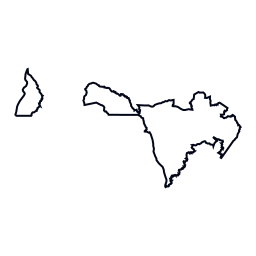 outline of Barra do Bugres, Mato Grosso, Brazil
{"feature_id": "56859067B85276228121814", "entity_name": "Barra do Bugres", "entity_type": "district", "adm_level": 2, "iso_a3": "BRA", "parent_name": "Brazil", "parent_adm1": "Mato Grosso", "projection": "albers", "projection_center": [-57.646, -15.115], "detail": "fine", "context": "isolated", "style": "outline", "palette": "ink", "viewbox_px": 256, "rotation_deg": 0, "n_neighbors": 0, "source": "geoboundaries", "source_scale": "gbopen_adm2", "svg_char_len": 5915}
<svg xmlns="http://www.w3.org/2000/svg" viewBox="0 0 256 256"><path d="M227.5,108.0L219.7,102.7L218.3,103.1L217.8,103.8L217.7,104.5L217.0,104.3L216.6,105.0L216.0,104.5L215.6,104.8L215.0,104.6L214.5,105.3L213.0,105.1L210.8,105.6L210.3,102.5L210.6,101.0L209.9,98.8L210.0,96.6L206.8,98.0L205.0,97.8L205.3,96.4L205.1,94.5L204.2,93.3L203.2,92.5L199.5,92.6L198.6,92.0L194.2,94.5L193.7,99.0L192.5,99.6L190.9,101.9L190.2,102.3L190.3,102.8L189.8,103.0L189.8,103.3L190.5,103.9L190.9,103.9L191.2,104.8L191.2,105.6L191.6,105.6L191.8,106.1L191.5,106.3L191.7,108.5L192.3,109.0L192.4,109.8L188.6,109.2L185.2,110.0L183.4,110.0L181.4,109.2L177.8,106.9L175.6,106.3L172.9,106.2L172.6,106.0L172.9,104.7L173.4,104.6L173.6,103.9L173.6,99.9L170.5,100.5L169.0,100.1L167.1,101.3L165.4,101.1L163.5,102.2L162.6,102.2L161.1,103.2L158.9,103.4L155.8,104.5L154.7,105.0L153.5,106.3L152.7,106.6L151.3,106.6L148.5,105.4L145.4,105.5L137.8,105.1L139.4,107.3L139.1,109.1L140.1,110.1L140.0,111.1L139.3,111.9L139.2,112.2L139.7,112.9L139.4,113.2L138.1,112.5L138.2,111.6L137.1,111.5L136.6,109.8L136.0,110.2L135.1,110.0L134.5,110.4L134.5,109.9L133.6,109.2L133.4,108.6L132.6,108.2L131.1,105.8L131.1,104.5L129.7,101.5L129.9,100.4L129.2,99.9L128.8,98.2L127.8,97.9L127.4,98.1L126.5,97.5L126.8,96.7L125.4,96.1L124.7,96.4L124.2,95.3L123.5,95.4L122.8,94.6L122.8,94.2L122.3,94.1L121.0,94.1L121.0,94.9L120.6,95.7L119.7,95.6L118.9,94.6L117.2,93.5L116.5,93.6L115.9,93.2L115.5,92.0L114.9,91.8L114.9,92.3L114.5,92.4L113.5,91.6L113.4,91.2L112.5,91.5L111.8,91.5L111.0,90.7L109.5,88.4L109.0,88.1L107.7,87.8L107.3,88.0L106.0,87.9L105.3,87.4L104.4,87.5L104.2,86.7L102.0,86.8L99.6,86.4L98.9,85.9L98.9,85.4L97.7,84.9L96.1,83.6L93.4,82.8L92.1,82.9L91.4,83.4L89.5,83.8L88.2,84.9L87.8,86.0L86.9,86.7L86.5,87.9L85.1,89.1L85.5,89.9L86.3,90.7L86.7,92.6L86.0,94.9L84.4,96.3L84.1,97.1L84.1,98.8L83.4,100.6L84.2,102.7L84.5,105.0L96.3,102.6L101.1,105.1L102.0,105.2L103.6,106.3L104.3,107.3L104.0,110.5L105.2,111.6L106.0,111.4L106.4,111.8L107.0,112.8L108.1,113.7L108.6,114.8L139.7,114.9L139.2,115.1L139.1,115.5L140.8,116.3L141.2,117.3L142.0,117.9L143.1,118.2L143.3,120.1L143.8,121.2L143.8,122.8L144.2,123.3L144.3,124.2L145.2,125.6L145.5,126.7L146.7,128.0L146.4,128.8L146.6,129.5L144.9,130.8L144.7,131.5L145.1,131.7L145.4,131.5L146.7,131.6L148.8,132.7L149.6,132.3L150.8,134.4L152.6,140.0L153.2,143.6L153.3,146.3L153.8,147.9L153.9,149.0L153.5,151.6L155.2,156.2L156.4,158.6L156.5,160.1L159.0,163.5L162.6,166.9L163.7,169.6L164.0,172.0L165.0,175.5L166.5,179.8L166.4,181.8L165.4,184.6L165.8,185.1L165.1,186.0L165.5,186.9L166.0,186.7L166.1,186.1L166.5,186.2L166.4,186.7L167.2,186.3L168.0,186.5L168.3,186.1L168.8,186.1L169.2,185.2L169.0,184.8L170.2,184.0L170.8,184.0L171.7,183.0L171.5,182.5L171.1,182.6L171.1,181.8L171.6,181.1L170.6,181.3L170.4,180.9L171.3,180.0L170.4,179.5L170.2,178.9L170.9,179.0L171.4,178.2L171.1,177.4L172.0,177.0L171.5,176.3L171.9,175.6L172.5,175.5L172.6,175.9L173.5,176.3L173.8,176.0L173.7,175.6L174.1,175.6L174.1,175.2L175.0,174.9L175.8,175.7L175.8,175.2L176.3,175.3L177.2,175.0L177.5,175.3L177.7,175.1L178.2,175.3L178.9,174.3L178.6,173.6L179.0,173.7L178.9,173.2L179.5,173.0L179.6,172.5L179.2,170.8L178.8,170.7L178.9,170.1L179.1,169.8L179.9,169.9L180.6,169.4L181.1,169.5L182.3,169.0L182.0,168.7L181.7,168.7L182.0,168.2L183.0,167.6L183.4,168.0L184.5,167.0L183.9,166.3L184.9,166.2L185.2,165.1L184.6,164.6L184.7,164.0L184.4,163.6L184.6,163.1L184.2,163.4L183.5,161.7L183.7,161.4L184.2,161.9L184.9,161.3L185.4,161.4L186.6,160.6L187.0,160.6L187.4,159.3L187.2,158.8L186.9,158.7L186.5,159.1L185.7,158.5L186.5,157.9L186.8,157.2L186.5,154.8L186.9,153.1L188.4,152.4L189.4,153.2L189.4,152.6L190.0,152.9L190.4,152.2L191.1,152.2L191.1,152.8L191.7,153.2L191.9,152.3L193.0,152.5L194.3,151.5L193.7,151.5L194.6,150.7L194.1,150.2L193.8,149.2L192.9,148.9L192.0,148.0L192.2,147.2L191.9,147.1L193.0,145.2L192.7,145.4L192.2,145.0L193.2,144.8L195.3,145.4L196.3,145.2L196.9,144.4L198.2,144.0L199.3,144.2L200.8,143.4L202.4,142.0L204.9,141.2L205.4,141.5L206.1,142.9L208.0,143.6L209.4,143.4L210.4,144.5L212.2,144.7L213.2,145.2L213.4,146.2L214.3,143.6L215.5,142.0L217.0,140.9L213.9,138.0L213.6,137.7L213.9,137.3L217.0,139.2L218.9,139.3L219.8,140.2L220.5,140.1L221.8,140.8L222.7,140.7L223.0,141.8L221.7,143.4L221.3,143.4L222.2,144.4L221.6,145.4L222.1,146.4L221.5,147.4L222.1,147.7L222.8,147.4L223.2,147.6L223.2,148.5L222.5,148.8L222.6,149.4L221.8,149.2L221.3,149.8L220.9,150.0L220.5,151.8L220.0,152.1L219.6,151.9L218.3,152.8L220.9,154.4L221.6,154.2L221.7,154.6L220.6,157.6L221.2,158.0L221.8,157.3L233.4,140.8L234.6,139.9L235.1,139.0L237.0,137.2L237.7,134.0L239.3,131.3L239.0,130.8L239.4,129.5L239.8,129.2L239.8,127.8L240.6,127.1L239.2,125.2L238.2,125.3L238.3,124.4L237.4,123.4L237.5,123.1L236.0,120.5L235.2,119.8L235.1,118.1L234.9,117.6L235.0,116.7L232.7,114.9L231.5,115.7L231.9,116.2L230.7,116.7L227.8,116.2L226.4,117.6L225.3,117.7L224.3,118.2L223.8,118.1L223.7,117.8L222.1,116.7L221.1,116.7L220.8,116.4L221.3,115.5L221.0,114.7L223.1,114.7L224.1,114.3L224.1,111.8L224.3,111.3L224.8,111.3L224.9,110.9L225.6,111.3L225.9,110.8L227.0,110.2L226.9,109.4L227.5,108.0ZM31.2,115.8L31.5,115.4L31.5,114.3L32.1,113.0L32.6,112.4L33.9,112.4L36.1,110.9L36.6,110.9L36.7,109.8L37.1,109.7L37.3,108.8L37.7,108.6L37.6,107.9L39.2,106.8L39.7,106.2L39.4,106.1L39.7,105.7L40.0,105.9L39.2,104.2L39.7,104.0L39.8,103.5L39.3,103.5L39.1,103.2L39.9,102.6L40.1,101.3L41.0,101.1L41.1,100.7L40.7,100.6L40.9,100.3L41.9,99.7L41.7,98.7L42.4,98.5L42.1,96.3L42.7,95.7L41.7,95.0L41.2,93.9L39.6,92.1L39.5,91.7L39.7,90.5L39.4,89.8L37.3,88.1L37.1,87.7L37.8,86.7L37.9,86.1L37.6,85.2L36.6,84.5L36.3,82.8L35.5,81.5L34.8,80.6L34.1,80.3L32.2,77.5L31.7,77.2L31.0,75.8L28.1,73.9L27.7,69.1L27.3,69.3L25.6,73.9L25.1,78.7L25.3,79.8L27.1,82.0L27.1,83.7L26.1,86.0L23.9,87.7L22.8,89.6L22.9,90.8L24.7,93.2L24.6,94.3L23.8,95.7L19.9,100.9L17.9,104.6L17.1,106.7L16.3,111.7L15.4,114.7L16.4,115.8L31.2,115.8Z" fill="none" stroke="#020617" stroke-width="2"/></svg>